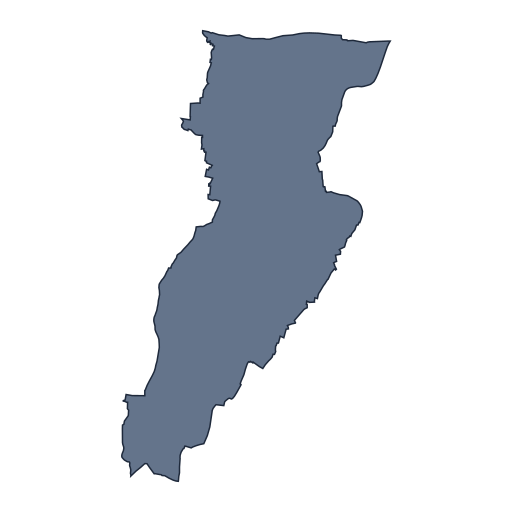 Bang Sai, Phra Nakhon Si Ayutthaya, Thailand
{"feature_id": "78962969B611560347556", "entity_name": "Bang Sai", "entity_type": "district", "adm_level": 2, "iso_a3": "THA", "parent_name": "Thailand", "parent_adm1": "Phra Nakhon Si Ayutthaya", "projection": "robinson", "projection_center": [100.288, 14.305], "detail": "fine", "context": "isolated", "style": "filled", "palette": "slate", "viewbox_px": 512, "rotation_deg": 0, "n_neighbors": 0, "source": "geoboundaries", "source_scale": "gbopen_adm2", "svg_char_len": 6012}
<svg xmlns="http://www.w3.org/2000/svg" viewBox="0 0 512 512"><path d="M126.1,394.5L125.1,400.0L123.3,400.6L123.3,401.1L124.5,401.3L127.0,402.4L127.6,402.3L127.4,408.7L128.6,410.2L128.3,415.6L124.4,421.1L123.9,424.2L122.5,425.1L122.4,428.8L122.5,442.6L122.8,444.3L123.7,447.0L123.8,448.4L123.4,450.7L122.4,453.1L122.0,454.3L121.8,455.5L121.8,456.4L121.9,457.0L122.2,457.6L123.5,459.1L124.4,460.0L127.1,461.6L127.8,461.8L129.2,461.9L129.6,462.3L129.8,463.2L129.6,465.1L129.7,465.9L130.3,467.7L130.8,470.0L130.5,472.8L130.5,473.7L130.9,474.9L130.8,476.1L136.1,471.0L140.6,467.4L144.8,463.6L147.0,463.7L149.7,467.7L154.2,473.8L154.6,473.6L155.2,473.7L160.2,474.6L161.2,474.7L161.4,474.8L162.0,475.5L164.8,475.7L169.1,478.2L173.1,480.1L175.9,481.0L178.3,481.3L178.4,481.0L178.8,476.3L179.5,472.8L179.5,466.9L180.1,458.4L180.0,457.8L180.1,455.4L181.0,452.5L181.4,451.7L182.9,449.2L183.5,448.5L183.9,448.5L184.4,447.6L184.7,446.2L185.1,446.1L186.0,446.3L191.2,447.9L192.7,447.0L196.1,445.7L200.0,444.5L203.8,443.7L207.3,435.7L209.8,427.0L212.1,411.5L212.1,410.9L213.0,408.5L214.7,406.2L216.0,404.7L223.8,405.6L224.7,401.7L225.7,400.7L228.0,398.8L229.0,398.3L229.9,398.3L231.3,399.0L231.7,399.0L232.9,398.1L234.4,396.3L236.8,392.4L241.0,384.8L241.0,384.5L240.2,384.0L240.2,383.7L241.2,380.9L243.9,374.7L245.4,369.2L246.9,364.8L247.4,363.5L248.5,361.8L249.9,362.2L250.2,361.5L250.5,361.4L252.8,362.9L253.1,362.1L259.4,366.6L262.8,368.5L265.3,364.7L268.7,360.8L270.4,359.2L272.1,357.2L273.1,354.2L274.5,354.4L275.7,351.5L275.4,350.1L275.6,346.1L276.1,345.7L277.0,343.1L278.3,343.1L278.5,342.8L280.2,336.2L283.8,337.8L286.1,329.2L288.4,328.9L288.3,327.4L287.4,325.5L291.8,323.9L295.4,323.1L295.5,322.9L294.4,320.4L303.9,309.5L304.9,308.8L307.2,307.7L307.2,304.6L306.3,304.2L306.9,302.4L306.5,302.2L306.7,301.1L309.0,302.0L309.1,302.4L314.5,302.1L314.4,301.0L314.9,297.8L315.6,298.0L317.4,298.6L318.1,295.2L318.7,293.4L319.7,292.0L323.4,285.7L324.7,284.0L327.5,279.6L328.0,279.4L331.0,273.0L334.3,269.0L334.7,269.1L335.6,270.0L336.4,269.2L334.5,265.5L334.6,265.0L333.6,262.8L334.6,262.2L336.6,261.4L335.5,255.2L340.4,254.2L340.6,251.3L339.3,249.7L339.9,249.2L340.9,248.7L344.5,247.0L345.0,245.5L345.6,243.0L346.7,240.5L346.7,240.2L346.4,239.9L346.4,239.6L347.5,238.2L348.7,237.6L349.0,237.3L349.8,236.0L350.8,236.4L351.8,233.5L354.9,229.8L356.5,225.1L358.0,225.0L359.0,222.4L359.8,222.6L360.9,219.6L361.7,217.1L362.1,215.4L362.5,211.3L361.3,207.1L360.9,206.0L360.2,204.7L359.0,203.0L357.5,201.2L356.8,200.7L348.3,196.0L347.2,195.6L339.7,194.6L333.5,192.8L331.0,191.7L330.0,192.0L326.5,192.4L326.3,191.3L325.5,191.3L324.9,186.8L324.8,186.7L323.4,186.8L323.2,186.5L322.9,183.2L322.7,180.1L322.3,179.1L321.9,171.5L319.3,171.7L317.9,167.4L316.6,163.7L318.8,162.1L320.0,161.6L320.3,160.5L320.2,157.6L319.9,156.4L318.1,152.2L318.4,151.6L318.9,151.1L320.8,150.2L323.2,148.1L323.8,147.3L325.0,145.6L326.1,143.4L327.4,140.3L327.9,139.5L329.7,137.5L330.8,136.6L332.7,131.8L332.9,126.2L333.1,126.1L335.2,126.1L335.6,124.2L336.9,121.4L337.2,120.1L337.2,118.5L337.5,116.6L341.3,106.5L341.5,105.9L341.5,102.5L341.9,99.7L344.7,91.9L345.5,90.5L346.8,89.2L347.8,88.5L349.3,87.8L350.8,87.4L357.1,86.4L358.3,86.4L361.5,86.7L363.6,86.4L367.7,85.3L370.1,84.5L371.3,83.8L373.6,81.9L374.1,81.3L375.8,78.3L378.0,73.4L380.4,67.0L385.5,51.7L387.3,46.6L388.8,43.5L390.2,41.1L387.6,41.1L369.5,41.8L367.4,42.2L366.2,42.8L353.0,40.4L348.8,40.7L347.5,40.7L347.2,40.5L347.1,40.0L346.9,39.9L342.6,39.7L341.3,38.2L341.3,35.8L341.3,35.6L340.9,35.3L334.8,35.0L318.6,33.2L309.5,32.9L304.1,33.1L299.5,33.6L292.6,35.0L283.0,35.7L275.5,37.6L269.6,39.2L266.0,39.2L264.3,38.7L263.0,38.6L252.2,38.7L245.9,37.6L239.2,34.9L227.9,36.1L224.7,35.5L218.9,34.8L212.4,32.7L212.1,32.7L211.2,33.1L208.5,31.8L202.7,30.7L202.6,32.7L202.8,33.4L204.3,35.5L206.2,37.1L207.2,37.7L206.7,40.4L206.8,41.2L207.2,41.9L207.6,42.4L208.3,42.2L208.4,41.6L210.0,41.1L209.7,42.6L210.7,42.8L210.3,44.4L210.8,44.6L211.0,43.6L213.0,44.3L212.6,45.7L214.4,46.1L213.4,49.4L212.5,49.2L212.0,50.4L211.9,50.4L211.2,52.4L211.6,58.0L211.3,59.5L210.4,59.3L210.0,62.4L211.3,62.8L210.5,66.0L207.7,72.3L207.5,73.3L207.2,77.9L206.8,79.4L206.8,80.2L207.4,82.6L208.5,83.6L207.4,84.4L206.6,85.2L204.4,88.9L203.6,89.9L203.4,90.6L203.5,91.5L202.9,94.5L202.9,97.1L200.1,98.2L200.1,103.2L198.0,103.0L190.5,103.5L190.1,116.4L190.4,116.5L190.2,119.9L181.3,118.5L182.9,120.4L183.4,121.4L182.6,123.4L181.8,124.6L181.6,125.4L181.9,127.2L182.3,127.4L184.0,129.2L184.6,129.5L186.1,129.9L187.9,130.6L188.3,129.1L190.4,129.8L191.0,129.9L191.2,130.0L191.9,130.9L194.6,133.7L195.8,134.6L198.6,135.2L202.5,135.4L202.5,137.4L201.7,137.3L201.6,142.8L202.0,144.9L201.4,149.1L203.8,148.7L203.8,150.9L204.6,151.0L204.6,152.2L206.0,152.2L204.9,160.6L205.9,161.2L206.5,161.2L206.5,162.8L212.2,165.3L211.7,165.9L210.8,167.8L209.4,167.2L208.5,170.0L206.6,169.3L205.2,176.4L208.5,177.0L212.7,178.2L210.3,183.3L209.9,183.1L209.5,184.3L208.8,184.0L208.7,186.1L210.6,186.2L209.8,194.7L208.1,194.5L208.2,198.8L212.6,200.5L214.5,200.0L215.6,199.9L220.0,201.2L219.8,202.8L219.1,205.2L218.5,206.7L216.8,210.7L215.3,213.3L214.9,215.0L214.5,216.0L212.4,219.9L212.4,222.1L209.1,223.6L206.6,224.5L204.6,225.8L203.1,226.5L200.6,226.4L196.2,226.9L195.7,230.5L194.9,232.8L194.0,236.3L193.0,238.7L192.1,239.9L190.2,241.9L187.9,244.7L183.7,249.1L181.0,252.3L177.4,254.8L177.0,255.5L176.4,258.1L175.1,259.8L173.3,262.9L172.2,264.1L171.0,266.9L171.0,267.9L169.4,268.1L168.6,268.0L167.7,270.5L166.9,271.5L165.0,275.7L163.4,278.2L161.6,280.3L159.4,283.8L159.1,284.8L158.9,287.7L159.4,290.5L159.6,294.8L159.2,296.4L159.1,297.3L158.4,300.4L158.0,304.3L157.3,307.4L157.0,309.4L156.6,311.0L155.5,313.9L155.2,315.0L154.2,317.2L153.9,318.9L153.8,320.1L153.9,321.6L155.0,326.0L155.1,329.6L155.8,331.8L156.9,334.1L158.1,336.8L158.9,339.4L159.2,343.9L159.3,347.5L157.0,361.2L155.8,365.4L155.3,368.1L154.3,371.4L152.4,375.4L149.2,381.3L147.1,385.4L145.3,389.9L144.8,390.5L144.8,395.7L132.2,395.6L126.1,394.5Z" fill="#64748b" stroke="#1e293b" stroke-width="1.5"/></svg>